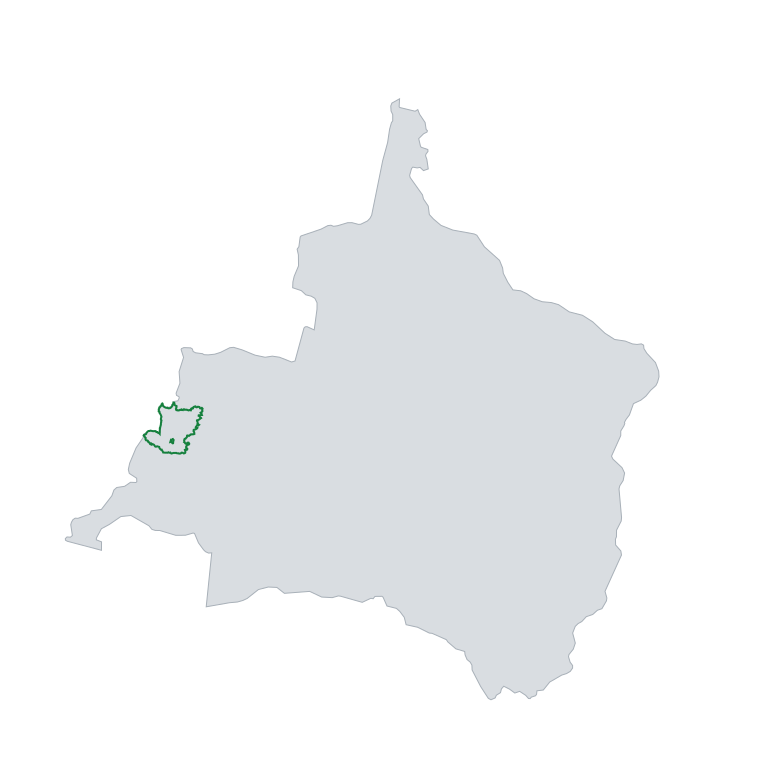 location of Mutshatsha, Katanga, Democratic Republic of the Congo, rotated 104°
{"feature_id": "63176286B57018267641486", "entity_name": "Mutshatsha", "entity_type": "district", "adm_level": 2, "iso_a3": "COD", "parent_name": "Democratic Republic of the Congo", "parent_adm1": "Katanga", "projection": "albers", "projection_center": [25.024, -10.86], "detail": "fine", "context": "in_parent", "style": "outline", "palette": "green", "viewbox_px": 768, "rotation_deg": 104, "n_neighbors": 0, "source": "geoboundaries", "source_scale": "gbopen_adm2", "svg_char_len": 9481}
<svg xmlns="http://www.w3.org/2000/svg" viewBox="0 0 768 768"><g transform="rotate(104 384 384)"><path d="M643.2,502.6L589.5,510.3L590.5,513.3L589.9,516.6L588.5,519.0L583.0,525.6L574.8,531.7L574.8,533.2L578.8,540.1L581.2,549.5L580.4,566.0L581.4,570.5L581.2,574.0L578.4,577.8L572.8,597.7L576.3,607.3L586.7,616.5L592.8,623.2L603.1,625.8L604.8,625.4L605.5,619.9L613.7,617.9L613.2,653.3L612.6,655.3L611.1,655.8L609.1,654.6L608.5,651.2L606.4,649.7L596.3,653.9L593.7,653.8L590.9,653.0L588.9,651.2L588.4,648.5L581.4,638.0L577.9,637.3L574.1,627.9L558.3,621.0L552.2,620.4L549.1,618.3L546.0,610.9L540.7,606.2L539.6,600.9L538.5,600.2L535.3,601.2L532.4,609.5L528.8,611.4L522.3,611.6L506.0,609.1L494.4,604.8L491.3,605.1L486.7,601.2L484.8,594.9L485.8,590.0L485.0,589.2L467.2,593.4L462.9,595.9L458.9,595.2L457.6,593.9L459.4,590.5L458.5,586.8L457.2,585.2L451.9,583.8L450.2,579.9L447.0,579.3L445.9,579.9L445.2,582.6L443.2,583.5L432.6,582.2L421.5,585.8L406.7,584.9L399.7,589.2L398.7,589.1L397.1,587.0L395.7,580.3L396.4,578.4L398.6,577.1L399.3,574.4L398.5,567.4L399.1,565.7L398.3,561.7L396.0,555.4L392.8,550.2L386.1,542.4L384.8,538.8L385.2,530.0L387.2,516.1L386.8,505.8L384.0,499.1L383.3,491.9L385.0,479.0L383.2,475.9L349.1,475.2L347.6,474.3L347.0,472.5L348.4,464.8L327.7,467.1L321.4,468.6L317.6,471.8L316.4,475.8L316.4,481.4L313.4,486.8L312.7,495.9L306.9,497.1L301.2,497.2L290.1,495.5L279.4,498.3L274.2,500.9L271.4,499.8L261.7,500.9L260.4,500.3L249.0,482.6L243.9,476.8L242.8,473.9L243.2,471.1L241.7,467.4L236.3,458.3L235.2,454.1L235.3,447.4L234.6,445.2L229.8,439.5L226.7,437.7L223.2,436.8L167.4,439.3L148.8,438.9L135.4,440.2L128.5,440.0L126.6,439.2L120.5,440.7L117.4,443.2L112.6,444.7L109.5,444.3L103.5,437.9L111.3,436.4L111.9,435.7L111.8,419.8L109.6,417.6L113.7,414.7L120.3,407.4L126.8,404.7L127.7,403.2L129.1,403.2L131.6,406.1L137.5,409.7L144.5,406.1L145.3,405.1L145.9,398.2L147.7,397.6L150.8,398.9L152.5,398.9L155.6,396.8L164.6,393.1L167.4,397.3L165.1,401.4L166.3,404.1L166.6,408.5L168.2,409.4L175.4,409.6L177.4,408.5L191.2,392.4L194.9,390.5L200.7,384.1L208.6,381.0L211.9,376.0L216.3,367.1L218.0,354.5L216.6,332.8L217.2,329.9L226.6,319.8L236.1,301.8L242.7,297.0L247.8,295.0L255.4,288.4L261.5,281.7L260.5,273.9L261.8,267.4L265.0,259.1L265.9,250.4L264.5,241.3L264.8,233.8L269.2,221.7L269.3,208.1L273.2,196.5L281.3,181.9L285.0,171.0L284.0,160.4L285.0,152.6L284.4,148.0L282.8,144.0L283.5,141.5L286.7,140.4L290.6,136.4L297.5,125.8L305.1,120.6L310.5,118.9L316.1,119.0L319.7,119.8L325.7,123.8L332.5,127.0L337.6,130.9L342.7,137.2L354.7,138.4L359.8,140.6L363.0,141.4L364.1,140.8L366.6,141.1L372.3,142.9L376.8,141.8L399.0,145.8L401.5,143.7L407.6,132.8L412.2,129.0L419.8,128.6L425.7,130.6L428.9,130.6L456.1,121.2L459.6,120.7L469.6,123.0L476.0,121.5L478.6,121.9L484.2,120.3L488.7,113.8L492.5,112.2L531.7,119.4L537.7,116.0L540.6,115.7L549.3,118.2L551.9,122.2L557.1,125.7L560.8,131.4L566.6,134.6L569.5,137.7L572.9,139.8L580.0,140.7L589.1,135.7L595.5,136.2L601.8,139.1L604.0,139.0L608.9,136.1L611.5,132.9L614.0,132.3L617.7,133.7L620.8,136.8L623.5,141.2L633.1,151.1L642.4,155.4L644.7,161.4L648.1,160.9L649.8,161.5L652.2,165.3L653.9,166.1L654.2,167.7L651.8,171.2L649.4,178.0L652.2,182.3L649.7,188.4L648.3,194.7L651.4,196.3L655.3,196.3L658.8,199.7L661.7,200.2L664.5,203.8L663.8,206.7L654.3,216.9L640.2,229.3L635.5,230.7L633.0,233.1L631.3,236.7L627.2,239.8L624.0,241.0L623.6,250.2L618.8,259.7L617.0,261.6L614.3,277.1L614.7,279.8L611.9,292.5L612.2,304.3L605.5,307.9L600.8,313.7L598.7,317.7L598.7,327.4L591.1,333.3L590.5,334.6L592.3,341.4L595.0,342.6L595.1,344.9L601.1,352.3L600.4,374.9L600.7,377.1L603.8,382.5L605.8,392.9L603.2,405.9L611.2,430.0L607.3,438.7L609.0,447.2L613.8,456.1L625.2,464.9L628.2,468.6L631.0,473.5L633.6,481.0L643.2,502.6Z" fill="#d9dde1" stroke="#a8b0b8" stroke-width="1"/><path d="M453.0,583.7L453.4,583.5L453.8,583.5L454.4,583.7L455.3,584.2L456.2,584.0L457.4,584.5L457.9,584.7L459.0,585.5L459.7,586.9L459.6,587.3L459.7,587.7L459.5,588.1L459.4,588.5L459.7,588.8L459.8,589.9L459.7,590.7L459.4,591.7L458.8,593.0L458.2,593.3L457.9,593.5L456.9,594.0L456.6,594.1L456.5,594.4L456.7,594.5L457.1,594.4L457.4,594.5L457.6,594.9L458.0,594.9L458.4,594.7L458.7,594.7L459.5,595.2L459.6,595.5L460.2,595.5L460.6,595.8L460.8,596.2L461.1,596.4L461.6,596.2L462.1,596.2L462.4,596.3L463.0,596.5L463.5,596.2L463.8,596.1L464.9,596.1L465.1,596.0L465.2,595.5L465.5,595.0L466.2,594.9L466.6,594.6L467.2,593.8L468.0,593.1L469.2,592.2L469.6,592.0L470.7,592.0L471.5,592.1L472.2,592.0L472.9,591.4L473.1,591.1L473.3,591.1L473.9,591.2L474.7,590.9L475.5,591.0L477.0,590.8L477.1,590.7L477.7,590.7L478.1,590.6L478.4,590.7L479.4,590.7L479.6,590.6L480.4,590.7L480.5,590.8L481.1,590.9L481.5,590.5L482.6,590.5L486.6,589.6L486.2,590.2L486.1,590.8L486.1,591.2L485.9,591.8L485.6,592.0L485.4,592.3L485.6,592.9L485.7,593.3L485.3,593.8L485.1,593.9L485.0,594.4L485.7,596.7L485.7,598.4L485.8,599.5L486.3,600.1L486.4,600.4L486.6,601.2L487.4,601.9L488.1,602.2L489.1,602.7L489.8,602.7L490.3,602.9L490.7,603.3L491.0,604.2L491.2,604.4L491.9,604.7L492.0,604.5L492.3,604.5L492.5,604.3L492.7,603.9L493.1,603.6L493.2,603.2L493.9,602.7L494.1,602.1L494.7,602.2L495.0,602.1L495.5,602.0L496.0,601.5L496.2,601.2L496.0,600.3L496.4,599.5L496.3,599.3L496.4,599.2L496.6,599.3L496.8,599.1L496.9,598.8L497.1,598.9L497.6,598.3L497.7,597.0L497.9,596.9L498.3,596.7L498.5,596.6L498.9,596.4L499.0,596.1L498.8,595.6L499.0,595.4L499.1,594.9L498.8,594.9L498.5,594.8L498.4,594.8L498.6,594.5L498.4,594.3L498.3,594.2L498.4,593.8L498.4,593.0L498.8,592.2L499.7,591.3L500.1,590.7L500.0,590.1L499.9,589.8L499.5,589.4L499.3,589.0L499.4,587.8L499.4,586.9L500.5,586.3L501.0,585.9L501.2,585.2L501.5,584.8L501.9,584.2L501.9,583.9L502.0,583.6L501.8,583.5L503.2,582.2L503.4,582.0L503.9,581.7L503.5,579.3L503.3,578.8L503.0,577.2L502.4,576.7L502.6,575.8L502.6,575.3L502.2,574.7L502.8,573.9L502.9,573.5L502.5,572.7L501.9,571.8L501.4,569.8L501.1,569.1L501.1,568.9L501.3,568.5L501.2,567.5L501.0,566.9L501.1,566.7L501.0,566.4L501.1,566.0L500.9,565.1L500.7,564.9L500.6,564.6L500.4,564.4L500.2,564.1L499.6,563.9L499.5,563.7L499.4,562.6L499.6,562.2L499.7,561.9L499.8,561.7L499.8,561.4L499.4,560.8L499.3,560.6L498.8,560.2L498.6,560.2L497.6,560.5L496.7,560.5L496.6,560.8L496.2,561.3L495.9,561.4L495.3,561.7L495.5,561.5L495.6,561.1L495.6,560.2L495.7,559.7L495.5,559.3L495.2,559.1L494.8,559.1L494.7,559.2L494.4,559.2L494.1,559.6L494.0,560.0L493.7,560.3L493.6,560.6L493.4,560.7L493.0,560.7L492.8,560.8L492.5,560.7L492.4,560.8L492.2,560.8L491.9,560.7L491.4,560.4L490.8,560.2L490.6,560.1L490.3,559.8L490.2,559.5L490.3,559.4L490.2,558.9L489.5,558.5L488.9,558.6L488.6,559.1L488.2,559.4L488.2,559.7L488.2,559.9L488.5,560.0L488.7,560.6L489.1,560.6L489.6,561.0L489.7,561.4L489.7,561.7L489.9,561.9L489.8,562.3L488.8,563.4L488.6,563.6L488.6,563.9L487.8,563.8L487.6,563.9L487.0,564.3L486.8,564.2L486.3,564.2L486.1,564.3L485.8,564.3L485.4,564.1L485.3,563.9L485.3,563.6L485.1,563.3L484.9,563.2L484.2,563.0L483.9,562.7L483.3,562.4L483.1,562.4L482.8,562.5L482.4,562.5L482.2,562.6L481.7,562.6L481.4,562.0L481.4,561.6L481.4,561.1L481.6,560.7L480.5,559.8L480.1,559.7L480.0,559.4L479.7,559.3L479.4,559.0L479.4,558.1L479.1,557.6L478.9,556.8L478.9,556.7L478.7,556.3L478.3,555.9L477.8,556.2L477.4,556.2L476.6,556.6L476.1,557.0L476.0,557.3L474.7,557.6L474.3,557.3L473.9,556.6L473.8,556.2L473.5,555.7L472.5,554.9L472.2,554.5L471.9,554.5L472.2,554.9L472.2,555.3L472.2,555.6L471.8,555.8L471.6,556.2L471.3,556.2L470.4,555.7L469.5,555.6L469.1,555.0L468.9,554.9L468.9,554.7L468.7,554.6L468.7,554.3L468.8,553.9L468.4,553.6L468.3,554.0L468.0,554.3L467.9,554.4L468.1,554.8L467.8,555.3L467.2,555.5L466.4,555.5L465.9,555.7L465.4,556.1L465.0,556.6L464.5,556.7L464.3,556.5L464.0,555.7L463.5,555.1L462.2,554.0L461.6,553.7L461.4,553.3L461.3,553.2L461.2,553.3L461.2,553.5L460.8,554.3L459.8,555.6L459.7,556.0L459.8,557.0L459.6,556.5L459.1,556.1L459.1,555.4L458.9,555.1L458.7,554.9L458.6,554.6L458.6,554.4L458.2,553.3L458.0,553.5L457.4,553.5L457.2,553.6L456.7,554.3L456.4,554.5L456.5,554.8L456.3,555.1L456.0,554.9L455.9,554.7L455.6,554.2L454.4,553.6L454.2,553.7L453.8,554.0L453.2,553.9L453.0,554.1L452.6,554.3L452.4,554.3L451.8,554.1L451.4,554.6L451.3,554.8L451.2,555.0L451.3,555.1L451.9,555.4L452.0,555.6L452.1,556.6L451.1,557.4L451.0,557.5L451.0,558.6L451.1,559.1L451.3,559.2L451.5,559.6L451.8,559.8L452.0,560.2L451.9,560.9L451.8,561.2L451.4,561.5L451.7,561.9L451.7,562.4L452.3,563.1L452.6,563.3L452.7,563.2L453.1,563.4L453.9,563.4L454.0,563.5L454.1,563.9L453.9,564.4L454.1,564.7L454.8,564.6L455.0,564.9L455.0,565.2L455.4,565.2L455.6,565.0L456.0,565.0L456.3,565.0L456.4,565.5L456.3,566.6L456.9,567.2L456.8,568.3L456.9,568.6L456.6,569.1L456.7,569.6L457.0,570.2L457.1,571.2L456.9,571.4L457.1,571.7L457.1,571.8L457.1,572.1L457.4,572.1L457.4,572.4L457.5,572.6L457.8,572.8L457.9,573.0L457.8,573.6L458.0,573.5L458.0,573.9L458.4,574.6L458.4,575.0L458.3,575.5L458.5,575.8L458.6,576.0L459.0,576.4L459.3,576.6L459.3,576.9L459.3,577.0L459.5,577.4L459.4,577.6L459.5,578.0L459.4,578.1L459.3,578.4L459.6,579.1L459.4,579.4L459.1,579.6L458.5,579.9L458.1,579.7L457.7,579.8L457.2,579.9L456.8,579.7L455.8,579.9L455.6,579.9L455.5,580.1L455.6,580.5L455.4,581.1L454.9,582.3L454.6,582.4L453.6,582.6L453.1,582.8L452.9,583.1L453.0,583.7ZM492.7,574.6L492.5,575.2L492.4,575.3L492.0,575.4L491.8,575.9L491.5,576.4L492.0,577.3L489.6,577.2L489.6,576.5L489.1,576.1L488.5,575.8L488.4,575.6L488.6,575.4L488.9,575.3L489.1,575.0L489.2,574.6L489.8,574.5L490.2,574.6L491.6,574.5L492.1,574.3L492.5,574.3L492.7,574.6Z" fill="none" stroke="#15803d" stroke-width="2"/></g></svg>